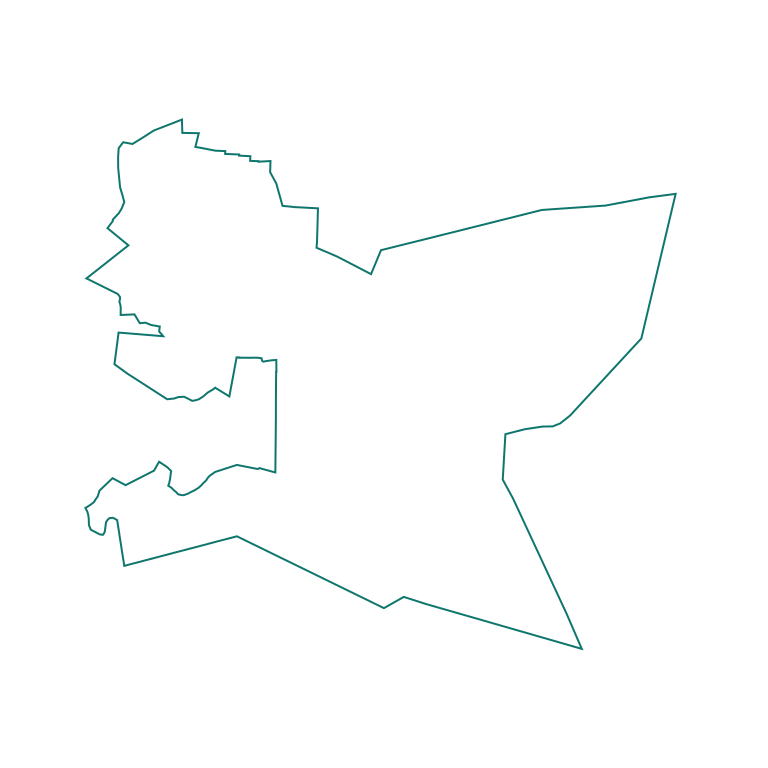 Magdalena Apasco, Oaxaca, Mexico (orthographic projection), rotated 84°
{"feature_id": "50627088B71310669163149", "entity_name": "Magdalena Apasco", "entity_type": "district", "adm_level": 2, "iso_a3": "MEX", "parent_name": "Mexico", "parent_adm1": "Oaxaca", "projection": "orthographic", "projection_center": [-96.817, 17.249], "detail": "fine", "context": "isolated", "style": "outline", "palette": "teal", "viewbox_px": 768, "rotation_deg": 84, "n_neighbors": 0, "source": "geoboundaries", "source_scale": "gbopen_adm2", "svg_char_len": 2671}
<svg xmlns="http://www.w3.org/2000/svg" viewBox="0 0 768 768"><g transform="rotate(84 384 384)"><path d="M668.1,215.0L631.9,226.3L511.5,267.6L491.5,275.9L473.3,272.9L446.6,268.5L443.7,248.8L442.9,230.8L443.8,220.6L441.6,212.9L434.8,202.2L365.6,123.3L225.4,74.1L226.1,101.1L229.7,145.0L227.4,208.8L241.7,309.7L250.6,373.0L273.4,385.4L252.3,417.4L241.4,436.9L236.0,435.8L202.4,431.3L199.6,448.7L199.3,450.9L199.1,451.9L199.0,452.9L198.8,453.9L198.7,454.9L198.2,456.7L196.2,466.3L173.2,470.2L161.5,475.1L150.4,473.6L149.8,485.5L149.3,485.4L148.1,493.8L143.5,493.1L141.7,504.3L140.6,504.1L138.6,517.9L135.8,517.5L134.3,527.4L130.2,540.8L128.5,546.8L115.2,542.0L113.2,558.3L101.8,557.5L99.9,557.3L107.8,586.3L115.2,601.1L119.0,609.1L116.3,618.1L121.7,623.2L130.4,624.7L141.6,625.8L160.9,625.9L169.4,624.3L176.0,623.3L182.1,626.6L186.3,629.8L192.3,636.6L193.5,636.6L200.1,642.7L219.4,623.7L247.9,668.9L266.7,639.3L269.8,637.5L271.7,637.6L274.7,638.6L277.1,638.0L280.1,637.8L287.0,638.6L287.8,638.7L288.0,635.9L288.2,633.0L288.7,624.9L298.0,620.5L298.1,614.7L299.3,612.6L300.1,611.1L301.0,609.4L302.7,603.5L303.4,601.0L305.2,601.4L308.4,602.1L311.4,599.9L313.4,598.6L305.1,642.6L325.3,647.4L336.2,650.0L347.3,637.6L376.5,601.2L376.5,594.2L375.5,589.8L375.8,584.1L377.8,580.9L380.7,576.5L380.5,573.1L379.8,569.7L377.5,565.1L374.1,560.2L371.4,554.4L370.0,552.3L370.6,551.6L372.7,548.8L373.4,547.9L374.1,547.0L380.2,539.1L342.1,527.8L342.4,525.3L342.7,525.4L343.8,515.6L344.4,509.1L344.7,506.8L345.3,504.2L345.5,503.2L347.6,502.9L348.5,502.6L349.2,501.6L348.9,499.0L348.7,493.9L348.7,493.1L348.8,488.6L360.5,489.7L360.5,490.0L392.4,493.6L404.9,494.9L420.7,496.7L460.6,501.3L459.8,503.4L458.5,506.8L457.6,509.0L457.5,509.3L456.2,512.7L454.6,516.7L455.4,518.3L449.1,538.8L453.8,561.1L457.1,567.0L459.2,569.3L461.4,571.0L463.5,573.9L465.7,576.3L467.9,579.4L470.0,583.7L471.0,586.6L472.6,590.5L473.4,593.8L473.6,595.6L473.2,597.4L472.1,600.4L469.9,601.9L467.5,604.3L464.8,606.4L463.3,608.3L462.6,609.2L459.9,607.9L455.4,606.5L452.7,605.9L448.3,604.8L444.1,608.2L437.8,615.8L441.4,618.4L446.1,621.7L457.6,651.6L449.3,663.8L460.3,678.1L465.8,680.4L469.7,683.8L470.2,684.0L471.1,684.8L473.5,688.6L476.1,693.9L479.7,692.5L483.2,691.8L487.0,691.7L493.5,692.2L498.3,690.8L503.9,682.3L504.6,679.3L502.4,677.4L499.6,676.6L497.1,676.0L494.4,675.4L492.4,674.9L490.3,673.2L488.7,671.0L488.7,667.7L489.9,665.7L491.5,663.6L505.7,662.9L508.9,662.8L511.9,662.6L516.2,662.4L520.0,662.2L523.0,662.1L530.1,661.7L533.5,661.5L537.7,661.3L532.6,627.9L529.9,610.4L526.6,588.6L523.1,566.1L520.1,546.2L606.9,407.5L597.8,386.6L606.9,366.0L668.1,215.0Z" fill="none" stroke="#0f766e" stroke-width="2"/></g></svg>